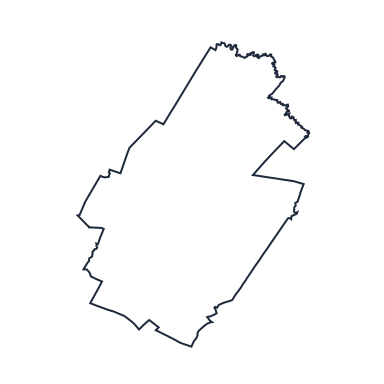 Ineu, Arad, Romania, rotated 10°
{"feature_id": "2599482B55200534476626", "entity_name": "Ineu", "entity_type": "district", "adm_level": 2, "iso_a3": "ROU", "parent_name": "Romania", "parent_adm1": "Arad", "projection": "robinson", "projection_center": [21.871, 46.429], "detail": "fine", "context": "isolated", "style": "outline", "palette": "slate", "viewbox_px": 384, "rotation_deg": 10, "n_neighbors": 0, "source": "geoboundaries", "source_scale": "gbopen_adm2", "svg_char_len": 5818}
<svg xmlns="http://www.w3.org/2000/svg" viewBox="0 0 384 384"><g transform="rotate(10 192 192)"><path d="M218.3,344.4L219.4,339.9L219.8,338.5L220.9,336.6L222.1,333.8L222.3,332.4L222.1,331.0L222.1,329.8L222.2,328.8L223.1,327.0L224.2,325.7L227.9,321.0L229.8,319.1L232.5,317.3L234.3,316.7L232.6,315.8L232.1,315.7L228.7,312.5L230.9,311.5L231.9,311.2L235.9,308.4L237.3,307.2L235.9,304.2L234.2,302.1L234.9,301.1L236.9,301.5L237.7,299.0L239.2,297.7L242.3,295.7L250.0,291.7L250.4,291.2L250.9,290.2L251.4,288.8L251.5,288.3L252.7,285.6L256.7,277.7L257.7,274.9L259.7,270.7L260.4,269.4L260.7,268.1L264.2,260.4L264.6,259.5L264.7,259.0L266.0,256.6L266.1,255.8L269.7,248.3L273.7,239.2L276.2,234.1L277.9,230.1L290.9,201.6L291.2,201.2L291.8,201.0L292.9,200.8L293.4,200.9L294.3,201.5L294.2,198.5L298.9,195.3L299.2,193.6L298.2,194.4L297.6,194.5L296.5,194.2L296.1,194.0L295.9,193.5L295.8,192.7L295.8,192.0L295.4,190.0L295.4,189.4L295.5,188.9L296.5,187.6L296.4,187.0L296.1,186.3L295.6,184.9L296.2,184.5L296.5,184.1L297.5,183.6L297.6,183.2L298.8,175.9L298.8,174.2L300.6,164.8L290.3,163.7L249.1,164.7L257.6,150.7L264.6,139.9L274.0,125.9L284.9,132.1L293.6,119.8L295.6,118.3L293.8,117.8L294.3,117.1L296.6,116.8L296.5,115.8L296.8,114.0L294.6,113.3L296.9,113.1L296.0,111.6L292.9,111.6L291.3,110.4L290.5,110.0L289.3,110.0L288.5,109.5L288.9,108.6L286.7,107.5L285.8,107.2L284.8,107.2L284.6,106.6L284.8,105.3L284.0,105.2L282.4,106.1L282.0,105.7L282.0,104.5L281.7,103.0L280.3,103.5L279.8,102.7L278.9,100.7L277.5,100.4L277.4,102.0L276.1,102.4L275.3,101.8L275.1,100.6L274.2,100.3L273.8,99.3L274.2,97.9L271.8,98.8L271.7,99.6L270.6,100.3L270.1,100.3L269.8,99.7L270.7,98.8L271.0,97.5L271.6,96.1L272.6,96.0L273.5,95.6L273.3,94.9L272.2,94.7L270.2,93.5L270.4,92.7L271.3,91.8L271.9,91.0L271.6,90.3L271.3,89.3L270.1,89.7L269.7,90.5L268.8,90.7L267.9,90.3L266.2,90.8L266.0,90.5L266.2,89.9L266.1,89.4L265.5,89.4L264.8,89.8L264.0,89.8L263.7,89.4L263.5,88.7L263.4,88.0L263.1,87.9L261.6,89.1L261.0,89.1L259.9,87.6L260.2,87.2L260.1,86.7L257.4,86.9L256.7,86.5L256.3,86.7L255.2,86.6L254.3,86.9L253.7,86.1L253.9,85.1L253.2,85.1L252.2,85.1L251.9,86.2L251.0,86.3L250.5,85.8L251.3,85.2L251.2,83.7L253.9,81.3L254.2,80.9L256.1,77.3L259.5,71.9L259.9,70.7L260.2,69.5L260.5,69.0L262.5,66.6L263.4,62.8L263.2,62.3L262.9,62.0L262.2,61.9L261.9,62.0L261.3,62.7L261.1,62.8L260.6,62.4L260.1,62.3L259.7,62.3L259.4,62.5L259.2,62.9L259.0,63.6L258.8,63.8L258.5,63.9L258.0,63.9L257.3,63.6L257.0,63.6L256.6,63.7L255.6,64.3L255.2,64.2L255.0,63.9L254.9,63.5L255.0,63.1L255.9,61.8L256.0,61.6L255.9,61.2L255.5,60.9L254.8,60.8L253.4,60.9L253.2,60.8L253.2,60.6L253.3,60.3L253.6,59.7L254.3,59.4L254.9,59.0L255.1,58.8L255.1,58.5L255.0,58.3L254.5,58.0L253.1,58.0L252.4,57.7L252.2,57.2L252.2,56.8L252.7,56.2L252.8,55.7L252.7,55.2L252.1,54.6L251.6,54.4L250.4,54.3L250.2,54.0L250.2,53.7L250.9,53.0L251.0,52.7L251.0,52.2L250.7,52.1L249.1,52.0L248.8,51.9L248.6,51.6L248.6,51.3L249.1,50.7L249.5,50.5L251.4,50.1L251.6,49.9L251.7,49.6L251.5,49.3L250.6,48.4L250.3,47.8L249.9,47.3L249.1,46.7L248.8,45.8L248.5,45.5L247.1,45.1L246.1,44.6L246.0,44.3L246.3,43.5L246.3,43.1L246.2,42.9L245.9,42.8L245.4,42.9L245.0,43.1L244.7,43.3L243.7,44.7L243.1,45.0L242.0,45.0L241.4,44.7L241.2,44.4L240.9,43.4L240.7,43.2L240.4,43.1L240.1,43.2L239.9,43.4L239.8,44.5L239.6,44.7L239.3,44.7L238.9,44.6L238.5,44.1L238.2,44.1L237.9,44.2L237.9,44.5L238.1,45.2L238.1,45.4L237.8,45.6L236.8,45.8L236.1,46.6L234.9,47.1L234.7,47.6L234.8,48.3L234.6,48.5L234.4,48.6L234.1,48.5L233.5,47.9L232.7,47.7L232.5,47.3L233.1,46.7L233.6,46.3L233.8,46.0L233.7,45.6L233.3,45.3L232.7,45.3L231.9,45.6L231.2,46.0L230.9,46.8L230.6,47.1L230.2,47.4L229.8,47.5L229.1,47.4L228.7,46.9L228.5,46.4L228.5,45.6L228.8,44.2L228.8,43.8L228.5,43.6L228.3,43.6L227.7,43.7L226.2,44.9L225.3,45.4L225.3,45.6L226.0,46.3L226.1,46.6L225.2,47.0L224.6,47.1L224.2,47.0L223.2,46.4L222.9,46.4L222.7,46.5L222.6,47.2L223.1,48.4L223.1,48.8L222.8,49.0L221.8,49.3L221.5,50.0L221.1,50.2L220.8,50.7L220.6,50.8L219.2,50.4L218.1,50.0L217.8,49.9L216.7,50.0L216.0,50.0L215.6,49.6L215.4,48.7L215.0,48.5L214.3,48.7L213.8,49.0L213.3,49.8L213.0,50.1L212.7,50.3L212.3,50.3L211.8,50.1L211.5,49.9L211.4,49.3L211.7,48.2L212.3,46.8L212.0,45.9L212.2,45.3L212.1,45.0L212.2,43.8L212.0,43.4L210.4,42.4L210.1,42.1L210.0,41.4L210.2,40.8L210.2,40.0L209.7,39.6L209.0,39.8L208.4,40.2L208.1,41.0L207.2,42.4L207.2,43.8L207.1,44.5L206.7,44.9L206.1,44.9L205.6,44.9L204.9,43.6L204.7,43.1L204.6,42.6L205.5,41.8L205.0,40.8L204.5,40.5L204.0,40.3L203.4,40.4L202.7,40.6L201.4,42.9L200.7,42.9L200.3,42.8L199.4,42.3L198.6,40.4L198.0,39.9L197.5,39.9L196.1,40.0L195.7,39.9L195.4,39.7L195.1,39.6L194.9,41.7L194.4,42.3L194.0,42.6L193.2,42.6L192.5,42.0L192.1,41.8L191.4,41.9L191.1,41.8L191.1,41.5L190.5,42.7L190.9,44.1L190.9,45.9L190.4,48.2L185.2,46.3L174.6,72.5L159.8,110.8L157.6,116.1L152.1,130.3L143.9,128.1L133.7,143.2L122.7,159.4L121.4,166.4L118.3,186.0L107.0,184.3L106.7,187.1L107.9,187.9L107.3,190.4L107.4,191.6L103.7,192.7L101.3,192.6L99.0,191.9L88.6,219.9L85.3,234.2L83.4,234.9L90.4,239.9L95.2,243.4L96.0,243.8L96.8,244.1L96.8,244.7L109.1,243.1L111.5,243.8L109.5,252.8L108.4,259.7L106.9,259.5L107.4,260.2L107.1,261.5L108.3,263.1L108.1,263.8L107.7,264.6L106.9,265.0L106.2,265.1L105.6,265.8L105.7,266.5L105.6,266.9L105.0,267.2L104.4,268.2L104.4,268.7L104.6,269.0L104.8,270.0L104.8,270.4L104.6,271.1L104.9,272.4L104.8,272.8L104.2,273.7L102.6,274.7L102.4,275.1L102.3,276.1L102.6,277.1L102.6,277.5L102.5,278.3L101.8,279.1L101.3,280.1L100.6,281.7L98.6,287.0L102.0,286.6L105.1,289.2L107.2,292.8L113.5,294.5L118.9,295.8L117.1,301.5L111.1,319.1L115.6,320.1L121.7,321.2L130.2,322.7L134.6,323.2L135.2,323.2L147.0,325.9L148.8,326.9L149.5,327.1L156.5,330.9L159.2,332.8L163.7,336.6L167.5,331.2L172.1,325.5L182.7,331.1L180.4,334.4L194.3,338.5L199.5,340.1L207.2,342.7L218.3,344.4Z" fill="none" stroke="#1e293b" stroke-width="2"/></g></svg>